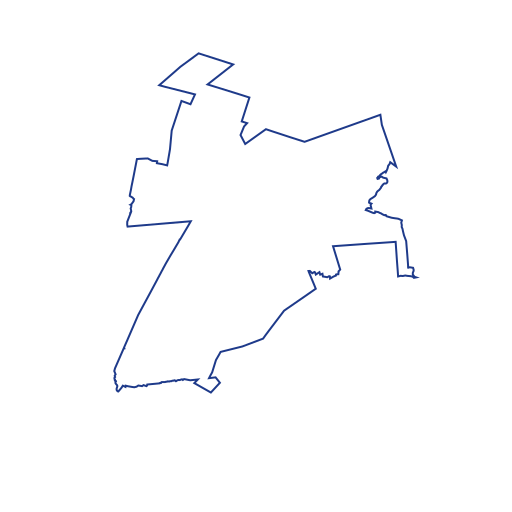 Cárdenas, San Luis Potosí, Mexico, rotated 113°
{"feature_id": "50627088B72353439834550", "entity_name": "Cárdenas", "entity_type": "district", "adm_level": 2, "iso_a3": "MEX", "parent_name": "Mexico", "parent_adm1": "San Luis Potosí", "projection": "mercator", "projection_center": [-99.651, 22.008], "detail": "fine", "context": "isolated", "style": "outline", "palette": "blue", "viewbox_px": 512, "rotation_deg": 113, "n_neighbors": 0, "source": "geoboundaries", "source_scale": "gbopen_adm2", "svg_char_len": 4685}
<svg xmlns="http://www.w3.org/2000/svg" viewBox="0 0 512 512"><g transform="rotate(113 256 256)"><path d="M135.8,405.8L131.1,375.3L141.9,375.6L142.4,385.2L168.7,383.0L173.5,382.6L191.3,376.9L204.0,373.9L207.3,373.2L208.1,378.2L209.3,383.5L207.4,384.0L208.9,388.5L208.9,389.1L208.7,391.4L208.5,393.7L209.6,396.1L212.2,401.4L213.3,403.5L230.2,399.9L236.5,398.6L240.5,397.8L243.9,397.0L249.0,396.0L250.0,395.7L250.2,395.2L250.2,394.8L250.2,394.0L250.3,393.6L250.5,392.3L250.6,392.1L251.3,390.8L251.3,390.5L253.5,390.1L257.0,390.9L257.8,391.5L257.8,390.9L258.1,390.5L259.7,390.0L261.3,389.9L261.9,389.4L263.6,388.3L265.0,388.5L264.9,388.2L274.8,387.9L277.7,386.7L279.1,385.7L249.5,329.6L254.6,330.2L269.6,332.2L270.6,332.4L270.7,332.7L271.0,332.7L271.5,332.7L272.3,332.8L272.6,332.8L272.9,332.8L273.2,332.8L273.4,332.8L273.5,332.8L283.2,334.1L288.8,334.9L296.7,335.9L298.4,336.1L300.6,336.3L303.6,336.6L305.3,336.7L306.9,336.9L308.3,337.0L309.7,337.1L311.5,337.3L311.8,337.3L313.0,337.4L314.7,337.6L316.4,337.7L328.6,338.8L330.8,339.0L356.3,341.4L382.7,341.6L383.6,341.6L391.2,341.7L391.8,341.7L392.5,341.1L392.9,341.7L393.2,341.7L394.8,341.7L414.5,341.9L417.3,341.5L419.8,339.0L421.3,339.3L421.9,339.0L422.4,338.4L423.6,338.7L424.6,338.1L424.9,337.5L425.3,337.2L425.7,337.2L425.8,336.2L426.1,335.9L426.5,336.0L426.8,336.2L427.4,335.9L427.9,335.7L428.4,335.0L428.6,334.7L428.8,334.2L429.1,333.6L429.5,333.1L430.3,332.7L431.4,332.6L432.4,332.5L433.1,332.3L434.1,331.6L434.4,330.9L434.6,330.4L434.5,329.8L430.1,328.4L427.4,327.9L427.5,325.0L426.3,325.3L425.9,322.9L425.1,319.5L424.4,316.8L423.0,314.9L421.2,313.7L420.3,310.0L418.8,309.1L418.6,306.0L417.9,305.7L416.8,305.9L410.9,295.0L410.6,295.0L409.9,293.8L409.2,293.8L408.9,293.5L408.4,292.3L408.0,291.4L407.6,290.5L407.2,290.0L406.8,289.6L406.6,289.0L406.4,288.7L406.0,288.5L405.8,288.0L405.6,287.4L405.6,287.1L405.4,286.8L405.2,286.5L404.9,286.3L404.7,285.9L404.2,284.8L403.9,284.7L403.5,284.3L403.2,283.7L403.0,283.3L402.9,283.0L402.8,282.9L402.7,282.8L402.4,282.7L402.2,282.3L402.2,281.7L402.3,281.5L402.5,281.2L402.6,280.9L402.4,280.6L402.1,280.5L401.4,280.0L400.8,279.4L400.6,279.1L400.3,278.6L400.0,277.7L399.7,277.4L398.9,276.6L398.4,275.8L398.7,274.9L397.4,274.1L396.1,268.0L392.4,261.3L397.1,263.1L399.3,244.2L386.8,239.7L383.5,245.8L386.8,251.5L384.0,251.3L380.2,250.9L367.4,252.2L360.0,251.3L359.7,251.3L358.1,251.1L344.6,233.2L329.3,217.2L324.8,216.2L319.9,215.0L295.4,208.8L292.2,206.8L267.4,191.1L262.8,188.2L259.8,191.2L250.0,201.2L249.3,201.8L248.7,200.6L249.9,197.5L249.5,197.2L247.9,196.0L248.0,195.2L249.7,193.7L246.1,191.3L248.1,189.6L246.4,187.9L248.7,186.4L248.1,184.0L247.7,182.1L246.0,180.8L245.9,180.0L247.8,179.0L244.6,176.6L242.8,174.8L242.1,175.1L241.8,175.1L241.5,174.8L241.2,174.2L240.6,173.1L239.3,173.5L237.9,174.0L235.6,173.2L216.9,188.9L201.0,157.8L196.1,148.1L189.8,135.7L188.4,133.0L199.8,127.2L205.7,124.2L213.8,120.0L219.3,117.2L218.7,116.4L217.7,115.1L217.2,113.4L216.7,112.5L216.1,111.7L215.6,110.9L215.2,109.1L214.2,105.9L213.9,104.4L213.9,103.3L214.4,102.1L213.1,100.2L213.2,102.0L211.8,104.4L210.7,104.9L210.0,105.1L208.3,105.1L207.9,105.2L207.1,105.5L205.5,106.8L206.3,110.1L207.3,111.3L207.1,111.5L204.9,112.5L195.8,117.2L183.6,123.6L179.1,127.9L175.6,130.5L173.7,131.8L172.4,133.2L170.5,133.9L168.6,135.3L166.2,135.6L166.1,139.3L166.4,140.8L167.0,142.9L167.5,144.9L167.8,146.2L168.4,151.4L168.1,152.0L167.7,152.2L167.7,152.9L168.3,153.8L168.2,156.0L167.9,157.5L168.0,159.1L167.8,160.4L168.2,162.3L168.5,163.6L169.6,163.2L170.4,164.0L170.6,165.5L170.6,170.6L170.8,172.9L169.5,172.8L168.5,172.1L167.8,171.0L167.2,168.3L166.4,168.9L165.4,169.6L164.4,170.4L163.5,170.5L162.7,170.2L162.7,170.8L162.8,172.0L162.7,172.8L162.0,173.0L161.1,173.3L159.8,173.3L158.6,172.7L156.8,171.4L154.4,169.9L152.5,169.5L151.3,169.8L149.4,169.6L148.3,169.1L147.1,168.4L146.2,168.1L145.6,168.0L144.6,167.7L144.0,167.6L143.5,167.8L143.0,167.7L142.6,167.4L142.0,167.4L141.4,167.3L141.0,167.0L140.6,167.0L140.2,166.9L139.7,166.6L139.1,166.2L138.5,164.7L137.6,164.1L136.4,164.0L134.9,164.8L133.6,166.2L133.9,167.9L134.2,169.6L133.8,171.4L134.7,172.4L135.2,173.0L136.7,173.1L137.5,174.2L136.8,174.9L136.1,174.6L135.3,174.6L134.9,174.3L134.3,173.6L133.0,173.4L131.7,172.8L130.9,172.2L129.6,171.5L128.8,170.8L127.5,169.9L128.1,169.2L126.9,169.1L124.2,169.1L121.1,169.6L119.5,169.0L117.2,169.1L118.9,161.9L92.2,185.9L86.1,191.4L77.4,196.7L131.9,255.9L133.3,271.0L134.5,285.3L134.7,287.5L135.4,296.4L157.1,309.7L150.7,317.5L141.4,317.6L137.2,316.1L137.7,321.7L112.7,324.0L113.5,332.7L117.0,367.6L88.6,351.9L91.9,388.0L111.3,399.5L128.4,407.8L136.6,411.8L135.8,405.8Z" fill="none" stroke="#1e3a8a" stroke-width="2"/></g></svg>